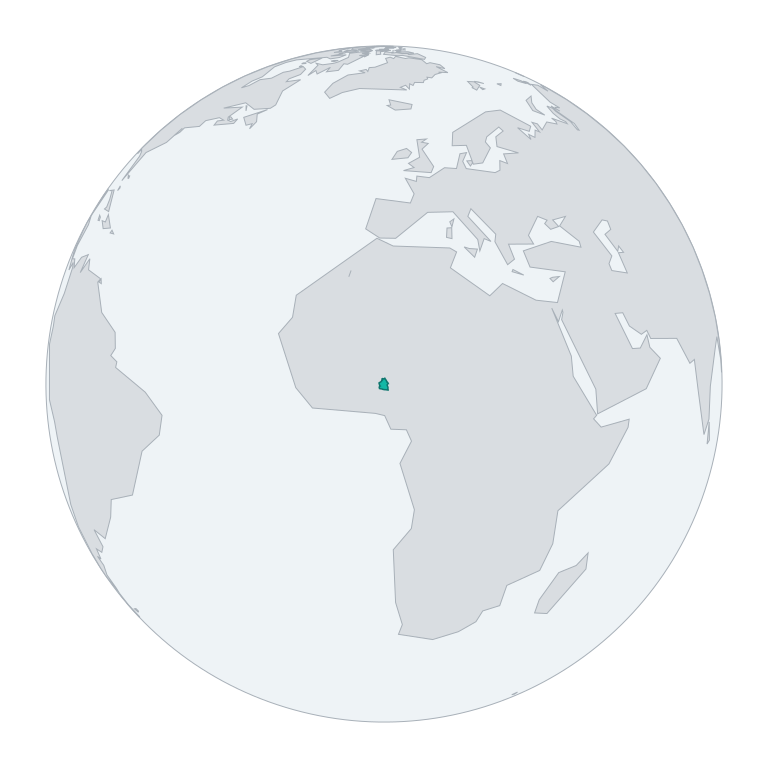 globe centered on Alibori, rotated 14°
{"feature_id": "BEN-2170", "entity_name": "Alibori", "entity_type": "Department", "adm_level": 1, "iso_a3": "BEN", "parent_name": "Benin", "parent_adm1": "", "projection": "orthographic", "projection_center": [2.909, 11.459], "detail": "fine", "context": "on_globe", "style": "filled", "palette": "teal", "viewbox_px": 768, "rotation_deg": 14, "n_neighbors": 0, "source": "natural_earth", "source_scale": "10m", "svg_char_len": 9891}
<svg xmlns="http://www.w3.org/2000/svg" viewBox="0 0 768 768"><g transform="rotate(14 384 384)"><circle cx="384" cy="384" r="338" fill="#eef3f6" stroke="#a8b0b8"/><path d="M284.8,61.0L263.3,68.7L269.2,66.7L259.5,71.4L262.7,71.2L255.2,74.4L264.2,71.7L270.5,68.9L276.5,67.0L279.0,67.0L269.8,70.7L267.3,71.2L265.9,72.4L260.2,74.4L264.4,73.4L253.0,78.6L267.8,73.7L261.7,78.0L253.2,81.5L249.6,80.8L220.9,90.6L211.2,95.7L201.1,102.7L191.6,115.4L182.7,122.0L174.0,131.1L180.8,127.1L190.1,118.7L200.8,114.5L210.9,105.9L216.7,103.3L228.9,95.6L231.8,97.5L228.1,103.9L218.1,110.8L216.1,114.3L229.5,108.9L214.7,124.2L211.4,139.4L207.0,144.0L191.5,148.9L181.8,144.6L161.7,155.1L179.5,149.6L168.3,162.7L168.4,165.8L171.8,166.4L177.9,162.2L175.1,167.5L156.5,173.9L158.7,169.1L164.6,166.8L159.9,165.4L147.3,171.6L142.6,178.7L128.5,183.7L125.0,189.2L120.0,194.0L126.5,184.6L114.5,202.2L97.1,217.0L80.4,250.1L91.7,222.2L92.6,217.1L92.1,215.1L89.1,220.3L92.4,213.2L105.9,192.0L120.9,171.9L137.4,153.0L155.2,135.3L174.3,119.0L194.6,104.2L215.9,90.9L238.1,79.2L261.1,69.2L284.8,61.0ZM65.9,269.9L69.0,261.8L69.7,262.4L59.2,291.3L58.7,300.9L52.9,324.0L51.4,337.9L53.7,337.4L55.2,346.1L59.9,334.2L65.8,330.0L62.3,349.4L68.3,333.6L69.7,344.7L83.6,350.5L81.6,354.4L92.8,382.9L110.6,398.9L114.7,414.5L112.0,422.5L119.4,427.1L119.6,432.9L154.3,449.7L176.2,468.1L178.3,488.0L165.5,507.7L166.8,552.6L147.3,562.1L151.0,579.3L150.9,601.5L137.9,595.5L150.7,609.9L150.9,615.6L144.9,613.5L151.7,622.3L147.7,620.5L156.0,627.8L161.4,636.3L173.6,646.8L180.5,653.5L188.8,659.5L187.0,658.4L188.3,659.5L192.3,662.3L160.3,637.3L159.2,636.3L158.4,635.5L153.7,631.3L142.2,619.6L143.8,621.6L122.1,596.5L109.3,576.8L79.7,514.3L73.4,500.1L63.2,480.2L49.8,426.2L49.2,407.9L48.1,397.3L51.9,373.4L53.7,346.4L53.1,341.3L50.7,349.6L51.2,328.5L55.1,307.4L56.8,299.5L65.9,269.9ZM75.2,261.0L75.1,283.3L70.4,281.8L72.1,279.4L73.2,271.2L73.4,262.2L70.7,262.8L75.2,261.0ZM85.7,245.5L85.4,243.2L86.4,244.1L85.7,245.5ZM226.5,95.2L227.7,95.4L224.8,96.7L226.5,95.2ZM230.7,91.9L226.6,93.3L227.9,92.0L230.5,91.2L230.7,91.9ZM235.5,90.6L230.9,89.6L233.4,87.4L245.2,82.6L235.5,90.6ZM271.4,68.1L264.8,71.0L268.0,68.8L271.4,68.1ZM271.9,67.2L273.1,64.9L284.0,61.3L281.4,62.4L293.7,58.5L298.4,57.7L292.7,59.7L284.8,62.0L292.7,60.1L271.9,67.2ZM279.2,66.1L278.4,65.6L287.8,62.3L291.0,62.7L287.0,63.6L279.2,66.1ZM302.6,56.0L308.0,54.8L311.7,54.0L299.5,57.4L294.6,58.1L302.6,56.0ZM286.1,64.3L292.4,63.1L290.2,64.8L280.5,66.4L286.1,64.3ZM288.9,61.5L293.5,60.0L292.0,60.9L288.9,61.5ZM286.0,71.3L284.9,70.1L289.7,68.2L286.0,71.3ZM294.9,62.5L295.6,62.0L297.4,61.3L301.0,60.9L294.9,62.5ZM304.5,56.6L305.4,56.7L309.8,55.0L314.4,54.5L305.4,57.1L311.2,55.8L312.7,55.7L303.7,58.0L304.5,56.6ZM310.0,58.6L300.1,62.6L301.1,64.8L296.8,66.4L296.0,62.7L310.0,58.6ZM307.1,58.0L307.9,58.6L302.2,60.0L298.1,60.4L307.1,58.0ZM320.8,53.5L316.1,53.6L318.2,53.1L320.8,53.5ZM311.4,58.9L313.7,58.0L312.1,58.8L311.4,58.9ZM319.2,54.7L317.2,54.6L319.7,54.0L319.2,54.7ZM320.1,56.4L316.9,57.6L314.0,57.7L320.1,56.4ZM320.6,55.4L324.5,54.6L314.9,57.1L319.3,55.4L320.6,55.4ZM321.9,54.1L322.7,53.8L322.3,54.3L321.9,54.1ZM332.9,55.7L321.5,58.8L315.1,58.9L327.0,55.8L332.9,55.7ZM193.1,662.8L189.5,660.1L203.0,668.8L203.5,669.6L197.0,665.5L193.1,662.8ZM196.2,662.5L197.6,661.9L200.8,663.8L200.6,664.8L196.2,662.5ZM707.1,284.9L708.7,291.1L704.9,278.9L695.5,257.5L696.7,269.1L701.2,307.3L707.8,339.4L706.7,355.7L690.4,314.2L679.2,285.1L675.8,289.9L657.0,268.9L631.8,275.3L626.0,268.4L621.7,273.5L608.1,268.4L598.4,257.1L591.2,259.6L616.5,289.5L624.0,287.1L627.2,272.6L633.1,284.1L645.9,292.2L639.6,325.1L598.5,361.3L590.8,337.8L540.8,278.6L540.3,271.2L539.9,270.5L539.1,269.1L538.2,281.3L528.4,269.8L559.0,311.6L565.7,330.7L597.9,362.9L595.8,367.1L605.1,373.3L630.4,358.8L631.3,366.9L621.6,407.1L583.4,464.9L586.4,498.1L580.2,527.2L551.9,549.7L549.9,571.0L534.7,580.3L530.7,592.4L516.0,606.4L493.0,620.2L458.6,623.4L460.0,613.0L448.1,593.2L433.1,542.6L445.5,517.6L443.9,498.6L418.7,457.2L424.5,432.8L416.8,423.0L401.6,426.2L392.3,414.5L382.7,414.6L320.4,424.6L299.3,408.9L269.4,360.6L279.1,341.4L277.4,319.1L341.9,244.3L359.5,247.9L414.9,236.1L422.5,238.3L420.3,255.2L465.3,272.8L474.7,257.8L511.2,265.9L532.6,263.0L532.7,231.3L497.4,235.2L487.0,221.1L511.8,205.2L542.0,203.6L538.9,198.3L516.2,188.1L519.5,177.5L508.0,184.0L515.4,188.9L508.3,193.6L501.1,189.5L502.6,185.6L492.5,184.2L488.2,204.8L495.3,212.0L471.0,218.2L480.4,231.3L475.1,238.3L457.2,219.1L456.2,211.6L425.9,192.9L424.8,201.1L453.3,219.8L446.0,218.7L444.8,231.7L440.0,221.1L409.2,200.2L384.8,206.9L360.1,239.8L344.6,243.4L328.7,237.9L331.4,206.0L365.8,202.0L367.2,192.2L354.9,179.2L366.4,179.6L365.6,174.3L378.1,172.8L390.4,159.5L402.2,157.4L402.0,142.2L408.1,139.5L406.5,148.9L411.7,155.1L440.7,152.0L444.8,148.5L442.3,139.2L450.5,140.2L444.4,131.8L458.6,127.2L436.2,126.3L432.7,117.1L438.4,109.7L433.2,106.9L423.9,119.3L423.8,124.6L430.1,129.2L426.3,145.6L417.5,149.1L406.2,132.5L392.5,136.3L389.8,123.2L416.7,95.4L430.5,90.1L464.0,98.4L463.8,103.7L451.6,103.0L467.5,111.2L464.0,106.8L470.8,108.2L469.2,101.1L474.0,101.8L464.3,94.3L469.9,94.5L476.0,99.2L478.5,90.4L488.9,89.9L487.2,87.7L482.3,85.5L498.8,87.1L496.8,85.5L490.6,84.2L482.6,80.4L474.8,74.9L480.9,75.7L484.5,77.8L501.4,84.2L510.2,90.6L511.9,90.5L505.7,85.2L485.2,77.3L478.7,73.8L488.6,76.7L484.5,75.4L483.3,74.0L487.7,73.6L476.9,70.3L454.6,57.6L461.0,56.9L472.3,60.2L463.2,55.7L469.1,57.0L492.6,64.0L515.6,72.8L537.9,83.2L559.4,95.1L579.9,108.6L599.4,123.6L617.7,140.0L634.9,157.6L650.7,176.4L665.0,196.4L677.9,217.3L689.3,239.1L699.0,261.7L707.1,284.9ZM324.6,281.8L323.9,288.5L324.6,281.8ZM577.6,218.8L593.2,217.4L579.7,199.9L584.6,198.3L578.3,193.3L578.7,198.7L562.2,185.3L566.6,179.1L561.4,171.8L555.9,172.0L550.4,185.9L574.1,204.6L573.2,212.8L577.6,218.8ZM84.1,350.5L85.4,355.0L82.8,354.1L84.1,350.5ZM67.3,289.0L68.4,290.7L68.2,294.4L66.9,294.3L67.3,289.0ZM82.9,300.6L85.4,303.8L81.7,303.7L82.9,300.6ZM75.6,286.3L80.8,298.8L73.9,301.2L71.0,293.7L74.4,294.2L75.6,286.3ZM80.2,255.5L80.4,257.7L78.7,260.8L80.2,255.5ZM86.5,246.3L86.0,246.2L87.0,243.1L86.5,246.3ZM169.4,162.2L170.8,161.9L173.1,163.6L169.8,165.0L169.4,162.2ZM196.9,160.3L191.8,168.9L193.1,163.3L187.5,166.3L183.4,159.2L204.6,145.9L195.7,152.8L196.9,160.3ZM183.8,147.3L184.0,152.4L182.9,147.4L183.8,147.3ZM348.9,150.0L354.8,152.7L352.5,158.7L337.4,164.1L340.6,155.1L348.9,150.0ZM363.7,155.4L356.8,139.0L365.9,136.0L362.0,140.3L368.7,139.9L364.1,146.9L379.6,161.0L378.6,167.5L351.3,172.2L360.8,166.7L354.4,164.0L363.7,155.4ZM323.0,111.7L320.1,107.0L343.6,106.0L343.6,110.6L328.6,115.5L319.7,113.0L323.0,111.7ZM257.2,83.4L254.5,83.5L257.1,82.2L261.4,81.1L257.2,83.4ZM285.1,70.9L271.3,82.6L267.6,83.0L263.9,90.7L252.7,95.0L255.4,89.7L244.1,99.4L242.1,96.3L235.5,103.1L242.8,90.7L240.5,89.2L247.3,89.1L257.6,85.0L261.4,82.8L270.5,75.7L270.7,71.4L281.0,67.5L288.3,66.0L289.8,66.4L282.6,68.5L289.8,67.6L280.6,71.2L285.1,70.9ZM366.8,63.3L357.8,63.4L370.7,66.4L361.5,68.2L363.6,68.5L358.7,71.3L356.3,75.4L351.5,75.9L352.6,77.4L349.4,79.6L349.3,82.0L340.7,84.0L340.0,87.3L336.3,86.5L337.3,91.7L332.7,88.9L328.1,92.2L335.0,93.2L288.8,103.2L273.0,111.3L262.2,120.0L255.8,115.2L261.7,104.6L274.3,92.9L290.4,86.5L284.6,86.1L290.6,83.1L292.7,84.7L293.1,80.6L298.6,78.8L309.7,71.4L306.8,67.7L310.9,65.4L314.7,65.9L316.0,63.3L326.1,63.0L329.2,61.5L342.2,60.2L347.9,62.9L350.9,61.1L361.0,60.7L366.8,63.3ZM336.5,55.4L345.4,57.1L344.8,59.2L322.4,60.7L318.2,62.1L303.8,64.2L305.0,61.3L309.0,60.9L313.2,59.9L311.1,61.2L315.9,59.4L321.6,59.0L326.8,57.6L328.3,58.4L336.5,55.4ZM428.6,231.6L434.0,231.9L442.0,230.5L441.3,239.1L428.6,231.6ZM407.4,217.4L411.9,216.0L414.8,226.5L409.2,226.6L407.4,217.4ZM411.9,206.9L411.9,215.1L408.6,210.7L411.9,206.9ZM410.4,147.5L415.0,146.0L416.4,148.1L415.1,151.6L410.4,147.5ZM402.9,76.4L397.9,75.2L398.6,74.3L392.0,70.2L398.2,69.0L404.7,71.1L402.9,76.4ZM528.1,237.3L523.4,243.9L519.5,241.4L521.9,239.6L528.1,237.3ZM481.4,241.7L493.3,244.5L481.1,244.0L481.4,241.7ZM408.6,74.5L405.1,72.8L410.4,73.3L408.6,74.5ZM402.4,68.1L408.2,68.3L398.2,68.5L402.4,68.1ZM588.1,650.6L585.7,653.3L583.1,654.6L588.1,650.6ZM624.7,514.7L597.6,567.3L585.5,569.7L586.8,555.8L599.2,524.7L614.4,513.6L622.9,498.5L624.7,514.7ZM708.7,342.1L713.3,359.7L712.0,364.1L708.7,342.1ZM457.0,69.0L459.4,75.4L465.2,80.7L475.0,84.2L462.2,82.7L453.2,74.4L457.0,69.0ZM454.3,58.6L445.7,56.5L448.6,56.4L450.9,56.8L454.3,58.6ZM449.7,58.1L440.7,57.8L435.3,56.1L443.5,56.6L449.7,58.1ZM425.0,64.3L425.2,66.1L420.9,65.4L425.0,64.3ZM436.0,50.1L445.8,51.8L442.4,51.3L435.8,50.1L436.0,50.1Z" fill="#d9dde1" stroke="#a8b0b8" stroke-width="1"/><path d="M388.0,382.6L387.8,382.7L387.4,383.4L387.4,383.7L387.3,383.8L387.2,384.1L387.3,384.4L388.4,385.9L388.5,386.0L388.6,386.3L388.7,386.5L388.8,386.7L388.9,387.2L388.9,387.4L388.8,387.7L388.8,387.8L388.8,388.0L389.0,388.1L389.0,388.3L389.3,388.4L389.3,388.6L389.4,388.9L387.2,389.1L385.8,389.4L384.4,389.5L383.5,389.4L383.2,389.3L382.3,389.5L381.4,389.4L381.1,389.5L380.8,389.5L380.5,389.5L380.2,389.5L380.3,389.5L380.2,387.6L380.3,387.5L380.3,387.4L380.5,387.2L380.8,386.9L380.6,386.8L380.5,386.7L380.4,386.7L380.0,386.2L378.9,384.2L379.6,383.4L380.0,383.0L380.3,382.9L380.4,382.7L380.5,382.4L380.7,382.1L380.8,382.0L381.0,381.4L380.9,381.3L380.9,381.2L381.0,381.1L381.2,380.9L381.3,380.9L381.3,380.7L381.2,380.7L380.9,380.0L380.8,379.6L380.9,379.4L381.0,379.3L381.3,379.3L381.4,379.2L381.5,379.3L381.5,379.2L381.8,379.2L382.1,379.1L382.3,379.1L382.6,379.1L382.7,378.9L382.8,378.8L382.9,378.7L382.9,378.8L383.0,378.8L383.0,378.7L383.4,378.6L383.6,378.5L383.9,378.7L384.0,378.8L384.2,379.0L384.3,379.1L384.5,379.2L384.7,379.3L384.9,379.7L385.9,380.6L386.0,380.7L386.0,380.8L386.0,381.0L386.2,381.3L386.3,381.4L386.4,381.5L386.5,381.5L386.7,381.4L386.8,381.5L387.1,381.6L387.3,381.7L387.4,381.8L387.6,382.1L387.8,382.3L387.9,382.5L388.0,382.6Z" fill="#14b8a6" stroke="#0f766e" stroke-width="1.5"/></g></svg>